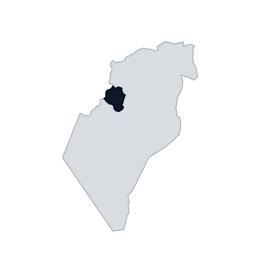 Chad, with Ouaddaï highlighted, rotated 202°
{"feature_id": "TCD-1475", "entity_name": "Ouaddaï", "entity_type": "Prefecture", "adm_level": 1, "iso_a3": "TCD", "parent_name": "Chad", "parent_adm1": "", "projection": "equal_earth", "projection_center": [21.069, 13.569], "detail": "fine", "context": "in_parent", "style": "filled", "palette": "ink", "viewbox_px": 256, "rotation_deg": 202, "n_neighbors": 0, "source": "natural_earth", "source_scale": "10m", "svg_char_len": 4849}
<svg xmlns="http://www.w3.org/2000/svg" viewBox="0 0 256 256"><g transform="rotate(202 128 128)"><path d="M177.6,75.9L177.6,81.5L177.7,87.2L177.7,92.8L177.7,98.4L177.8,104.1L177.8,109.7L177.8,115.4L177.9,121.0L177.9,122.9L177.8,123.6L177.7,123.7L177.5,123.9L175.3,123.3L174.3,123.3L172.9,123.7L170.9,124.0L169.6,123.9L168.7,124.9L168.0,126.0L168.3,128.9L168.2,129.8L168.0,130.8L167.4,131.6L166.7,132.3L166.4,132.8L165.9,134.1L165.6,134.7L165.6,135.5L165.5,136.4L165.1,136.8L164.2,137.1L163.6,137.5L163.1,138.1L162.8,138.5L163.0,139.1L163.2,139.9L163.3,141.2L163.4,141.9L163.9,142.5L164.2,143.0L164.3,143.5L164.0,143.9L162.9,144.9L162.4,145.2L161.9,145.7L161.7,145.8L160.8,146.7L160.4,147.5L160.2,148.1L160.2,149.0L160.6,150.3L161.1,151.5L161.3,152.3L161.4,153.2L161.4,154.1L161.1,154.9L160.7,155.6L159.1,156.9L158.3,158.3L157.7,160.1L157.5,161.0L157.7,161.6L158.0,162.2L158.5,162.5L159.2,162.5L160.3,162.2L161.4,162.1L162.5,162.7L163.1,164.1L162.9,165.2L163.3,167.1L163.7,169.5L163.7,170.3L163.9,170.6L164.6,170.7L164.7,171.3L164.5,175.4L164.8,176.5L165.3,177.3L165.9,177.8L166.4,178.3L166.7,178.7L167.3,178.8L168.0,179.5L168.2,180.5L168.2,181.5L167.8,183.6L167.4,185.0L167.0,184.9L166.2,184.5L165.2,184.3L163.9,184.0L162.8,184.6L161.5,185.3L161.1,185.9L160.7,186.2L160.2,186.1L159.6,186.2L159.4,186.8L158.9,187.3L157.0,188.5L156.7,189.0L156.4,189.4L156.4,189.9L156.6,190.9L156.6,192.1L156.2,193.1L155.7,193.7L155.2,194.0L154.7,194.1L154.4,194.5L153.5,196.8L153.1,197.2L152.2,197.1L149.8,200.5L149.5,201.5L148.6,202.9L147.5,204.5L146.5,205.2L146.4,205.5L146.2,205.8L145.5,206.1L143.4,208.0L140.8,208.0L139.7,208.7L138.6,209.0L136.9,209.4L136.5,209.4L134.4,209.5L131.9,209.5L131.0,209.7L130.1,210.5L129.5,211.1L129.4,211.3L129.5,211.6L129.5,211.8L131.2,213.3L131.6,214.1L131.2,214.8L130.9,215.0L130.6,215.6L129.6,217.3L128.1,219.4L127.3,220.0L127.0,220.4L126.6,221.8L126.4,222.0L125.3,222.2L123.2,222.3L120.4,222.8L118.7,222.9L117.6,222.8L116.1,223.7L115.6,224.0L115.2,224.1L113.7,225.0L112.5,226.4L112.1,226.7L110.3,227.3L109.6,228.3L109.3,228.4L108.2,227.1L107.4,225.9L107.1,224.7L107.0,224.3L106.8,224.4L106.2,224.9L105.7,225.5L105.4,226.6L103.6,227.4L102.1,228.1L101.4,228.9L100.3,229.3L98.9,229.2L97.8,228.8L96.8,228.7L97.3,227.7L97.5,226.9L97.5,225.9L97.5,225.3L96.9,225.0L96.5,224.5L95.6,221.5L94.7,218.4L93.4,215.4L92.0,213.4L90.9,212.3L90.6,212.1L90.1,211.7L89.7,211.4L87.9,209.4L85.9,207.1L85.4,206.0L84.5,204.4L83.4,202.8L82.8,202.1L82.6,200.8L83.3,199.6L84.1,198.1L85.1,197.1L86.4,197.0L88.5,197.4L90.8,197.6L93.1,197.2L93.6,197.0L94.2,197.0L95.4,197.4L97.5,197.3L98.6,196.7L97.5,195.7L96.2,194.0L95.0,192.2L94.3,190.6L93.7,188.5L93.1,185.9L92.8,182.5L92.8,180.6L93.0,179.2L93.7,177.0L93.3,175.7L93.4,174.7L93.3,173.1L93.1,172.3L92.3,169.7L92.2,169.5L91.5,167.7L91.2,164.7L90.4,162.7L89.1,161.8L88.3,160.6L88.1,158.6L87.6,158.1L85.5,157.3L83.8,157.3L82.6,155.0L81.0,152.1L79.5,149.3L78.6,143.8L78.1,140.7L78.8,139.8L80.0,137.5L81.6,133.2L85.2,126.7L87.0,123.3L90.7,118.2L95.1,112.1L97.6,108.6L98.1,102.3L98.6,95.6L99.0,90.5L99.4,84.6L99.8,79.6L100.1,76.0L100.5,70.8L100.8,69.8L102.5,65.8L102.7,65.3L102.4,64.6L100.0,61.2L99.2,60.4L98.8,58.7L99.5,57.7L96.6,52.0L95.9,51.3L95.6,50.6L95.6,49.5L95.6,45.6L94.9,39.4L94.0,32.2L97.4,30.2L100.0,28.6L103.4,26.7L106.4,28.7L110.8,31.6L115.2,34.6L119.6,37.5L124.0,40.4L128.5,43.4L132.9,46.3L137.3,49.3L141.8,52.2L146.2,55.2L150.7,58.1L155.2,61.1L159.6,64.1L164.1,67.0L168.6,70.0L173.1,73.0L177.6,75.9Z" fill="#d9dde1" stroke="#a8b0b8" stroke-width="1"/><path d="M160.9,146.6L160.1,147.9L159.9,148.4L159.9,148.5L160.1,148.8L160.3,149.0L160.3,149.4L160.3,149.7L160.4,150.2L161.0,150.9L161.2,151.4L161.2,152.1L161.2,152.4L161.4,152.7L161.7,153.2L161.8,153.5L161.7,154.1L161.4,154.6L160.5,155.9L160.4,156.0L159.3,156.5L159.2,156.7L158.8,157.1L158.6,157.6L157.8,159.5L157.6,160.5L157.4,160.9L157.4,161.0L156.3,160.5L155.1,159.8L154.3,160.2L153.3,161.0L152.4,162.2L151.9,162.5L151.6,162.3L150.6,162.2L149.5,162.6L148.3,161.9L148.3,160.8L148.2,159.8L147.4,159.7L146.7,159.5L146.6,157.8L145.2,157.8L144.1,157.8L143.0,157.2L143.1,156.8L143.1,155.5L142.9,153.2L142.9,151.1L142.5,150.3L142.4,150.1L142.4,149.8L142.5,147.0L142.4,146.9L140.2,145.4L140.2,143.6L141.7,141.4L142.2,140.8L142.4,140.7L142.5,140.4L142.8,140.3L142.8,140.2L142.9,139.9L143.0,139.9L143.3,139.9L143.5,139.9L143.6,140.0L143.6,139.9L143.8,139.9L144.2,140.0L144.3,140.0L144.8,139.7L145.3,139.6L145.5,139.6L147.2,140.3L147.3,140.4L147.4,140.5L147.6,140.5L147.8,140.8L148.2,141.0L148.3,141.1L148.5,141.8L148.7,142.2L149.3,143.0L149.5,143.1L150.4,143.7L151.3,144.3L151.6,144.4L151.8,144.4L152.1,144.3L152.2,144.2L152.3,144.1L152.8,143.7L153.1,143.7L153.7,143.6L153.8,143.6L156.3,144.1L159.6,145.6L160.0,145.9L160.0,146.0L160.3,146.4L160.4,146.6L160.5,146.6L160.9,146.6L160.9,146.6Z" fill="#0f172a" stroke="#020617" stroke-width="1.5"/></g></svg>